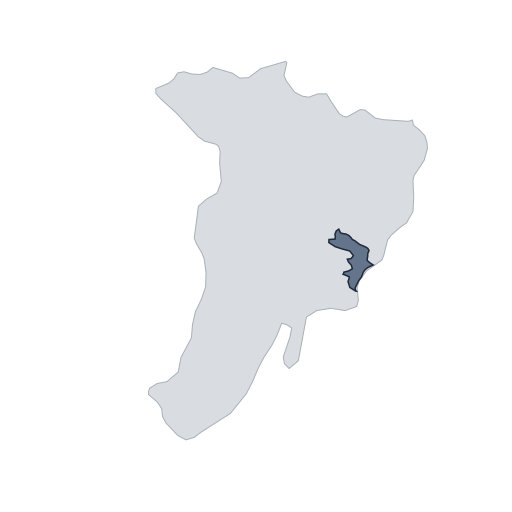 Espaillat highlighted on a map of Dominican Republic, rotated 105°
{"feature_id": "DOM-1967", "entity_name": "Espaillat", "entity_type": "Province", "adm_level": 1, "iso_a3": "DOM", "parent_name": "Dominican Republic", "parent_adm1": "", "projection": "robinson", "projection_center": [-70.375, 19.514], "detail": "fine", "context": "in_parent", "style": "filled", "palette": "slate", "viewbox_px": 512, "rotation_deg": 105, "n_neighbors": 0, "source": "natural_earth", "source_scale": "10m", "svg_char_len": 2251}
<svg xmlns="http://www.w3.org/2000/svg" viewBox="0 0 512 512"><g transform="rotate(105 256 256)"><path d="M85.0,346.4L85.5,326.2L88.4,318.0L85.7,309.3L73.9,300.1L66.7,288.2L60.3,277.7L61.7,276.2L74.6,275.7L79.1,271.9L87.8,261.1L89.6,252.5L88.9,246.0L83.3,238.1L81.1,229.9L88.0,222.7L97.1,212.2L98.4,208.2L98.2,204.2L87.6,193.2L86.9,188.4L91.9,176.4L91.4,168.5L86.5,143.7L84.2,140.0L88.9,137.9L92.0,130.6L96.2,124.0L101.7,120.4L107.9,118.2L120.3,118.4L137.4,124.1L142.2,124.0L158.6,118.8L172.3,115.9L185.1,119.2L190.3,123.7L200.9,130.8L206.2,133.0L222.9,132.8L227.5,133.5L241.6,145.2L253.4,149.9L260.3,150.1L272.6,145.6L278.7,145.7L285.7,155.8L287.1,170.1L293.0,183.2L301.9,191.5L346.2,188.0L356.1,194.9L352.7,200.6L346.4,203.6L325.4,202.2L316.2,202.9L314.4,208.6L314.3,213.8L326.6,215.1L338.7,217.7L351.0,221.9L363.5,224.8L377.6,226.7L391.5,229.7L414.7,240.0L440.3,263.4L447.2,268.7L451.7,276.1L449.6,285.1L440.5,299.9L435.3,304.7L427.8,307.6L422.6,313.6L417.6,324.0L414.6,324.8L411.0,324.4L404.8,318.5L400.4,309.5L388.1,301.1L373.4,302.2L351.7,297.2L338.6,299.6L325.6,300.1L312.2,297.6L298.7,296.7L285.2,299.9L272.2,305.3L267.4,308.8L259.0,317.2L254.6,320.3L222.8,324.5L213.7,318.4L205.2,309.9L193.0,308.8L175.3,315.3L164.2,317.7L159.7,320.5L158.4,323.7L158.4,335.5L155.8,342.6L138.6,369.7L128.8,388.9L124.8,394.8L120.1,396.1L111.7,385.1L106.2,381.1L99.5,379.1L96.7,373.2L96.8,364.9L95.1,356.9L90.9,350.6L85.0,346.4Z" fill="#d9dde1" stroke="#a8b0b8" stroke-width="1"/><path d="M234.3,140.5L238.2,145.0L240.0,146.4L241.9,147.5L244.1,148.2L249.0,148.7L252.9,150.3L260.1,151.8L261.7,151.8L262.7,151.4L263.7,150.5L264.0,150.0L264.1,150.8L262.1,157.2L256.9,160.5L254.4,160.3L252.1,160.5L251.5,163.6L251.1,167.2L250.0,166.9L248.8,166.9L246.4,162.6L243.3,159.6L240.1,161.7L237.9,165.1L235.4,167.0L234.1,163.7L232.4,162.8L230.4,162.0L226.9,166.8L226.9,175.0L226.5,181.9L224.2,189.1L221.2,189.8L219.1,183.9L216.9,184.4L214.5,185.4L211.1,185.0L208.6,183.0L210.1,181.7L211.8,180.3L211.8,177.6L211.5,174.8L212.1,171.7L213.6,169.1L215.2,167.1L215.6,164.6L218.0,158.9L218.9,152.4L219.7,150.0L221.3,148.3L222.7,148.3L224.1,148.7L226.0,148.4L227.9,147.9L229.8,147.9L231.6,147.3L233.2,144.0L234.3,140.5Z" fill="#64748b" stroke="#1e293b" stroke-width="1.5"/></g></svg>